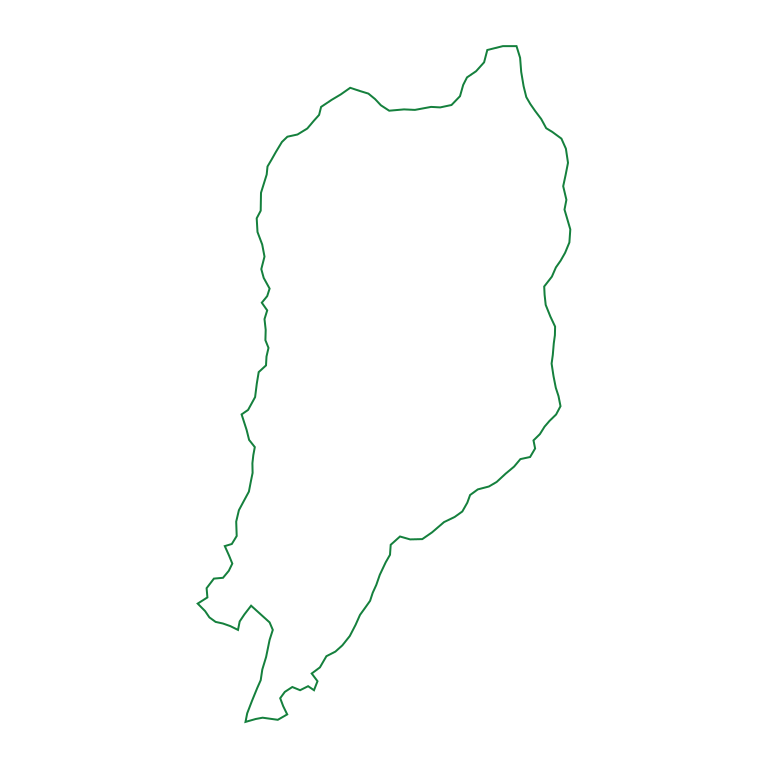 Macaubal, São Paulo, Brazil (Albers equal-area conic projection)
{"feature_id": "56859067B96335300924263", "entity_name": "Macaubal", "entity_type": "district", "adm_level": 2, "iso_a3": "BRA", "parent_name": "Brazil", "parent_adm1": "São Paulo", "projection": "albers", "projection_center": [-49.982, -20.851], "detail": "fine", "context": "isolated", "style": "outline", "palette": "green", "viewbox_px": 768, "rotation_deg": 0, "n_neighbors": 0, "source": "geoboundaries", "source_scale": "gbopen_adm2", "svg_char_len": 2318}
<svg xmlns="http://www.w3.org/2000/svg" viewBox="0 0 768 768"><path d="M561.4,138.6L552.4,132.0L546.2,128.2L541.2,119.0L535.3,111.2L530.3,104.0L526.3,97.1L523.6,86.2L521.2,71.9L520.1,57.8L516.5,46.1L503.0,46.1L487.3,50.0L484.1,62.3L476.1,71.2L467.0,77.4L463.2,84.9L460.0,96.2L451.5,105.0L440.2,107.4L431.1,106.9L414.9,109.9L404.0,109.4L389.2,110.7L380.9,105.3L375.1,99.1L368.4,93.6L359.9,91.0L350.2,87.8L340.8,94.4L331.4,100.0L321.1,106.9L319.1,114.9L313.9,120.7L307.3,128.5L297.5,134.5L287.4,136.7L281.9,142.0L275.8,152.1L271.4,159.9L267.5,166.5L266.7,174.5L261.0,192.8L260.7,210.7L256.7,218.3L257.5,232.0L262.2,244.5L264.5,256.6L261.3,269.1L263.7,277.9L269.6,288.6L267.2,296.1L261.8,302.7L267.2,310.4L264.5,319.1L265.7,329.9L265.4,340.2L268.5,347.9L266.5,356.5L266.0,365.4L258.7,372.1L256.8,383.6L255.1,397.1L248.1,409.9L241.6,414.4L246.6,429.9L249.1,439.9L254.8,447.1L253.3,455.2L252.4,463.3L252.6,472.9L250.9,481.2L248.9,491.6L244.2,500.3L238.9,510.2L236.2,521.6L236.7,536.0L231.8,544.0L224.8,546.1L229.1,555.7L232.3,563.6L228.8,570.8L223.0,577.8L213.9,578.6L206.6,588.2L207.4,597.4L197.7,603.6L205.1,611.1L209.4,617.4L215.6,621.9L222.9,623.5L230.3,626.1L238.0,629.9L239.7,621.4L244.4,614.4L251.1,605.7L269.6,622.4L272.8,629.9L269.6,639.9L267.8,648.7L266.1,657.0L262.3,669.5L260.7,680.2L257.2,688.1L251.9,701.1L247.2,713.3L245.5,721.9L255.7,719.0L262.6,717.7L277.8,719.8L287.2,714.4L283.2,706.2L280.2,698.2L284.8,691.9L292.3,687.0L300.1,690.2L308.1,686.2L314.0,690.2L317.5,681.2L311.7,673.5L319.9,667.4L326.4,656.2L335.4,651.6L342.4,645.3L349.8,636.0L355.6,624.8L360.0,614.9L365.7,607.0L370.1,600.8L372.7,592.8L376.3,584.9L379.8,574.8L385.7,562.3L390.0,554.8L390.7,544.8L400.0,536.5L410.1,539.4L422.3,539.1L432.0,532.4L444.0,522.1L454.6,517.0L462.3,511.5L467.3,502.7L470.1,495.0L477.8,489.4L488.9,486.5L496.6,482.0L505.6,473.7L514.1,466.6L520.4,459.1L530.1,457.0L535.1,448.5L533.5,440.4L539.9,434.1L544.6,426.6L549.6,420.8L556.1,414.5L560.5,406.2L558.5,396.1L555.8,387.8L553.5,376.1L551.6,363.6L552.8,354.9L553.8,343.2L554.9,335.2L555.1,326.6L550.4,316.6L545.7,304.9L544.6,294.8L544.2,286.5L551.9,276.6L555.9,267.4L560.6,260.7L565.1,252.8L569.4,242.4L570.3,229.4L566.8,217.4L564.5,209.6L566.4,199.8L563.2,186.2L565.6,175.0L568.0,162.8L565.9,148.7L561.4,138.6Z" fill="none" stroke="#15803d" stroke-width="2"/></svg>